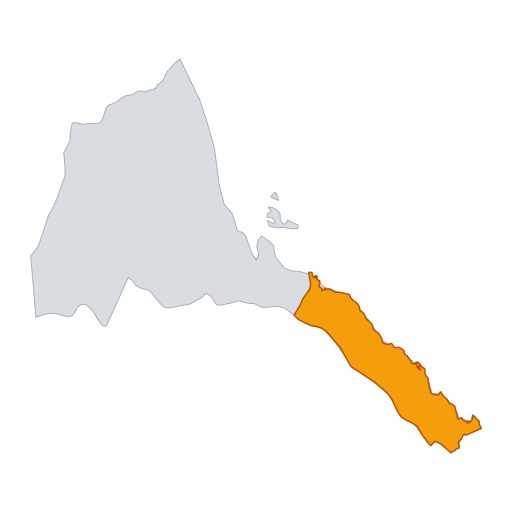 Eritrea, with Debubawi Keyih Bahri highlighted
{"feature_id": "ERI-1565", "entity_name": "Debubawi Keyih Bahri", "entity_type": "Region", "adm_level": 1, "iso_a3": "ERI", "parent_name": "Eritrea", "parent_adm1": "", "projection": "albers", "projection_center": [41.929, 13.658], "detail": "fine", "context": "in_parent", "style": "filled", "palette": "amber", "viewbox_px": 512, "rotation_deg": 0, "n_neighbors": 0, "source": "natural_earth", "source_scale": "10m", "svg_char_len": 5802}
<svg xmlns="http://www.w3.org/2000/svg" viewBox="0 0 512 512"><path d="M35.9,317.0L34.2,296.9L33.1,283.6L31.9,269.4L30.7,256.0L37.3,247.9L40.4,240.2L48.6,215.0L51.7,210.1L57.9,196.6L58.9,192.7L65.1,175.8L64.8,164.4L63.8,152.9L67.2,146.2L70.1,140.8L70.0,136.3L71.6,125.6L72.5,122.9L76.0,122.8L83.2,124.4L88.5,123.4L94.6,123.5L99.3,123.3L102.2,120.1L106.2,107.7L108.7,105.2L110.6,104.5L116.0,102.3L120.7,98.7L124.5,96.2L125.9,95.7L129.9,95.4L133.9,94.0L135.7,92.2L140.7,90.9L145.6,91.8L148.9,90.3L151.2,89.4L153.6,89.3L156.0,87.9L156.9,85.7L158.4,84.3L162.3,81.1L164.1,78.8L164.9,76.5L165.7,74.6L167.4,71.5L174.2,63.6L180.0,59.1L199.6,99.5L207.4,123.3L214.4,148.1L219.3,185.4L224.2,204.4L232.3,213.8L237.8,231.5L242.6,232.3L246.1,237.2L252.0,253.8L256.3,260.0L258.6,254.7L258.3,251.7L256.7,246.6L258.3,240.0L261.7,236.1L269.4,241.5L273.5,245.6L274.6,253.8L276.3,258.3L284.3,268.0L291.1,270.8L299.9,271.6L307.3,273.7L313.2,277.3L324.2,287.1L349.6,295.7L369.9,321.9L381.9,340.1L421.6,367.6L428.5,380.8L432.1,393.7L440.4,393.0L454.8,407.1L459.0,417.8L470.8,421.7L472.8,415.3L478.5,420.5L480.8,428.5L473.3,431.8L465.0,434.7L463.8,434.6L461.1,438.3L457.2,448.5L452.8,451.5L450.6,451.8L437.6,442.3L435.6,441.7L432.8,443.6L430.7,445.6L424.7,438.3L420.3,432.0L414.1,424.4L408.2,420.9L401.8,416.7L395.5,406.7L389.1,395.7L379.6,386.7L361.9,373.7L345.7,357.2L333.4,339.9L325.4,331.0L322.0,328.7L305.5,323.0L294.0,315.0L285.2,308.5L279.8,306.7L274.5,306.5L263.2,307.7L253.9,303.5L250.0,303.5L243.7,302.3L238.8,300.8L233.0,302.5L221.1,305.2L216.3,304.5L213.7,300.5L212.2,297.4L208.1,294.1L204.7,294.0L202.8,296.9L190.3,304.0L169.5,307.8L164.6,307.4L161.0,304.4L150.7,291.8L147.8,289.7L145.4,289.5L140.6,288.0L136.1,285.5L132.2,280.3L128.3,277.4L123.8,287.3L116.0,304.6L111.8,313.9L106.3,325.9L104.7,326.2L102.0,325.3L92.0,310.1L85.6,304.3L80.7,304.8L77.1,307.5L74.8,312.4L72.3,315.5L69.6,316.7L64.0,315.9L55.4,313.4L46.4,313.7L37.1,316.9L35.9,317.0ZM280.4,220.5L283.2,224.2L285.1,223.9L286.6,222.7L287.7,220.1L298.3,225.3L297.7,228.7L291.3,228.8L284.0,227.4L277.3,227.8L269.3,226.2L267.5,220.4L272.6,223.3L275.2,222.6L275.7,221.8L272.1,217.9L267.0,217.0L267.4,213.9L269.7,212.7L271.1,211.3L268.2,207.0L273.9,208.0L277.5,210.6L279.9,213.6L280.4,220.5ZM276.3,193.6L278.5,200.4L272.0,197.7L270.9,196.3L273.8,193.7L274.4,192.1L276.3,193.6Z" fill="#d9dde1" stroke="#a8b0b8" stroke-width="1"/><path d="M480.9,428.6L466.1,435.0L465.4,435.1L464.6,434.4L464.0,434.4L462.9,435.4L461.3,439.1L458.4,441.9L458.6,444.0L459.2,446.2L458.9,448.1L458.0,448.5L456.0,448.9L455.4,449.6L454.5,450.9L452.3,451.5L452.0,451.6L451.1,452.9L440.5,443.5L437.3,442.1L435.5,441.6L434.3,441.8L430.8,445.6L427.6,442.2L422.0,434.6L417.6,427.0L414.3,424.2L410.6,422.1L406.7,420.5L401.4,417.1L397.9,412.1L392.6,400.6L390.4,397.0L388.1,394.0L385.5,391.2L380.3,386.9L373.3,381.1L361.5,373.5L352.4,367.6L350.4,365.6L345.6,357.0L340.4,347.7L333.3,339.5L326.3,331.4L322.2,328.4L317.6,326.7L311.5,325.7L309.6,325.1L302.5,321.6L298.6,319.6L294.1,315.2L294.8,314.0L299.7,305.9L303.1,298.4L309.2,289.9L310.2,287.3L310.5,284.7L310.4,281.8L309.1,275.1L309.0,273.0L309.0,272.5L309.5,272.3L310.1,272.2L311.3,272.4L312.0,272.7L312.3,273.3L312.5,276.1L312.7,276.6L314.7,277.5L314.4,276.3L314.9,275.9L316.8,276.0L317.2,276.4L317.4,277.0L317.1,277.4L316.0,277.0L315.6,277.5L318.8,280.8L318.9,280.7L319.1,280.6L319.4,280.7L319.7,281.3L319.8,281.8L319.7,283.7L319.2,285.3L319.1,286.1L319.7,287.0L321.4,288.2L322.0,289.0L322.0,290.4L322.7,289.9L323.3,289.6L324.0,289.6L324.8,289.9L324.8,288.5L326.3,289.2L329.9,289.1L331.9,290.1L334.0,291.7L335.9,292.2L340.4,292.4L348.2,294.2L349.0,294.5L349.8,295.6L350.8,298.1L351.7,299.3L354.7,301.4L356.7,302.9L358.3,304.8L359.4,307.2L359.7,309.8L360.3,310.9L361.4,311.6L362.5,312.1L363.0,312.7L363.3,313.2L364.5,314.8L365.4,317.6L366.8,319.3L369.9,322.0L371.7,324.0L372.3,325.0L372.7,326.3L373.2,328.5L373.5,329.4L374.1,330.1L375.0,330.8L377.2,332.2L378.4,333.2L379.4,334.5L381.9,339.1L382.6,342.0L383.2,343.1L387.5,344.4L388.4,344.4L390.5,343.6L391.4,343.5L391.9,343.8L393.2,346.1L394.3,347.2L394.8,347.5L395.8,347.7L396.5,347.7L398.0,347.3L398.5,347.3L399.7,347.7L402.1,349.3L403.0,349.6L403.7,350.2L404.1,351.5L404.3,352.9L404.6,354.0L407.4,356.1L407.8,357.1L408.1,357.1L409.6,359.2L410.1,360.1L410.3,360.2L410.9,360.5L411.0,360.6L411.3,361.4L411.7,363.0L412.2,363.7L412.9,363.9L413.7,363.6L414.4,363.2L414.7,363.2L415.0,363.7L416.1,364.5L416.6,364.9L416.8,365.5L417.2,367.1L417.5,367.7L419.1,368.9L419.4,369.0L419.6,369.9L420.1,369.9L420.6,369.5L420.5,369.2L420.2,369.0L419.2,367.7L419.0,367.3L418.8,367.2L418.6,367.1L418.4,366.8L418.4,366.3L418.6,366.3L419.6,366.3L419.8,366.3L419.9,364.5L418.9,363.7L417.8,363.1L416.3,363.0L415.8,362.8L416.0,362.4L416.6,362.1L417.5,362.0L419.8,363.9L422.3,367.3L423.3,367.7L424.5,368.5L424.9,370.2L424.9,373.0L425.7,375.3L426.3,376.4L427.0,376.8L427.7,377.6L428.2,379.4L429.2,387.4L430.2,389.1L430.6,392.4L430.5,392.8L430.7,393.0L432.8,394.2L434.2,394.6L437.3,394.9L438.6,394.7L439.4,394.0L439.8,393.1L440.3,392.0L441.2,392.2L441.4,392.7L441.4,393.3L441.7,393.9L442.1,394.3L442.6,394.5L442.9,394.9L443.1,395.6L443.6,396.5L447.0,399.4L449.4,403.4L450.3,403.9L451.6,404.1L452.8,404.6L453.7,405.3L454.5,406.1L455.0,407.1L455.7,411.0L456.8,413.6L457.1,414.9L457.2,416.8L457.5,418.0L458.0,418.7L459.0,418.9L459.8,418.6L460.7,418.1L461.7,417.8L462.6,419.6L464.0,420.8L465.8,421.3L468.2,421.5L467.9,421.8L467.3,422.9L468.0,423.0L468.5,422.8L469.2,422.4L470.4,421.5L470.6,421.5L471.4,420.6L472.0,419.6L472.2,418.9L472.1,418.5L472.3,418.1L472.9,417.7L472.5,417.0L472.4,416.3L472.5,415.7L472.9,415.2L474.8,416.7L475.8,417.6L476.1,418.4L476.4,419.1L477.2,419.7L478.0,420.2L478.7,420.7L479.2,421.7L479.3,423.8L479.5,424.8L481.3,428.1L480.9,428.6Z" fill="#f59e0b" stroke="#b45309" stroke-width="1.5"/></svg>